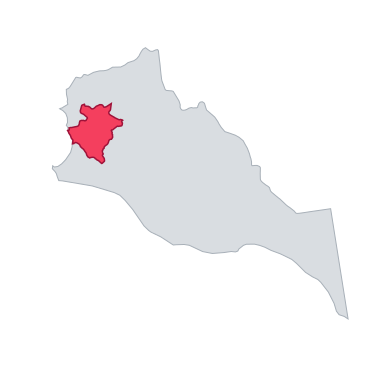 where Taza - Al Hoceima - Taounate sits in Morocco, rotated 261°
{"feature_id": "MAR-1447", "entity_name": "Taza - Al Hoceima - Taounate", "entity_type": "Region", "adm_level": 1, "iso_a3": "MAR", "parent_name": "Morocco", "parent_adm1": "", "projection": "equal_earth", "projection_center": [-4.152, 34.39], "detail": "fine", "context": "in_parent", "style": "filled", "palette": "rose", "viewbox_px": 384, "rotation_deg": 261, "n_neighbors": 0, "source": "natural_earth", "source_scale": "10m", "svg_char_len": 4714}
<svg xmlns="http://www.w3.org/2000/svg" viewBox="0 0 384 384"><g transform="rotate(261 192 192)"><path d="M45.3,322.9L47.8,318.1L51.7,316.0L59.8,314.9L71.9,311.0L82.8,305.0L85.9,302.6L89.3,297.8L94.8,291.6L105.1,284.1L109.8,280.0L117.1,269.6L122.0,260.9L126.0,255.4L128.7,250.5L130.7,245.6L131.9,237.6L131.3,234.5L128.4,229.4L126.5,228.0L126.0,225.6L127.1,221.4L127.2,214.1L128.1,202.5L131.5,193.2L139.8,181.0L141.4,176.0L142.4,168.0L142.6,165.2L152.7,154.0L158.7,145.3L160.8,143.2L166.0,139.3L184.0,130.7L194.2,124.6L200.1,120.2L203.7,114.9L213.6,94.4L223.3,65.6L224.1,62.2L228.4,61.3L231.4,60.9L233.8,59.8L236.8,57.7L239.7,58.5L238.2,60.0L238.2,63.5L240.2,67.7L243.7,72.3L250.1,78.3L255.2,80.6L262.3,82.1L270.7,79.5L275.3,79.4L277.6,78.3L280.1,79.9L284.8,80.5L289.3,79.6L292.7,77.1L294.9,74.3L295.3,75.7L295.4,77.2L296.0,78.1L297.4,81.7L298.1,83.1L300.7,82.9L303.0,83.6L308.1,83.3L313.0,83.9L313.7,86.3L315.2,88.1L320.3,92.5L323.3,95.1L323.4,96.0L322.5,98.2L322.1,99.7L322.9,101.4L324.8,103.3L324.9,104.2L324.5,105.3L323.5,107.4L325.6,113.5L326.1,119.5L325.6,123.7L325.6,126.2L325.9,128.3L327.7,133.1L326.6,141.1L327.9,145.5L329.8,149.0L330.8,155.3L332.3,158.3L334.7,161.0L336.1,161.9L338.8,164.0L340.7,165.9L341.8,168.6L339.5,170.8L337.6,172.8L337.1,175.0L338.0,178.4L338.0,180.3L336.8,180.9L331.9,180.7L328.0,180.5L323.6,180.4L317.3,180.0L313.5,179.8L308.2,179.6L306.3,179.7L301.5,180.7L298.0,181.4L297.5,181.5L296.4,182.4L295.7,185.0L295.0,187.9L294.3,189.2L284.0,193.4L280.0,194.0L277.6,193.5L276.0,193.9L274.6,194.8L274.1,196.1L274.0,197.9L274.3,199.6L275.3,202.1L275.5,204.6L274.8,206.3L274.7,208.0L274.4,209.9L274.9,210.9L275.9,211.1L276.9,211.9L278.4,212.7L279.5,214.2L279.5,216.3L278.5,217.5L277.6,218.2L273.8,218.7L270.7,219.2L266.7,222.6L262.4,226.2L257.3,228.6L255.1,229.3L251.2,231.0L246.5,233.9L244.2,238.4L241.3,243.7L238.5,247.2L234.6,250.6L231.1,251.8L226.6,253.5L220.9,254.7L216.9,255.1L215.7,255.4L212.2,255.5L210.5,255.2L209.2,255.1L208.6,255.4L208.5,256.3L208.4,258.2L208.1,260.3L207.0,262.2L206.2,263.0L205.3,263.3L202.3,262.8L199.8,262.3L193.9,261.5L192.8,261.7L192.3,261.9L190.5,263.1L187.6,265.8L185.6,268.1L184.2,269.2L180.8,269.7L179.3,270.6L172.8,276.3L171.4,277.7L164.7,282.8L162.9,284.4L161.4,286.1L157.4,289.8L154.8,291.4L154.4,292.4L154.2,294.7L154.1,299.7L154.1,304.5L154.0,311.5L153.9,318.6L153.8,326.3L42.2,326.3L45.3,322.9Z" fill="#d9dde1" stroke="#a8b0b8" stroke-width="1"/><path d="M258.3,81.5L261.2,82.4L261.9,82.4L262.4,82.3L263.8,81.3L267.1,80.7L269.1,79.7L271.2,79.2L272.2,78.7L272.4,79.1L272.1,79.3L271.9,79.4L272.0,79.6L272.2,79.9L272.6,80.4L272.9,80.6L273.4,80.6L274.1,80.7L274.5,80.6L274.5,80.9L274.7,82.0L274.5,83.1L274.8,89.4L275.5,90.4L276.7,91.3L277.7,91.5L279.6,92.3L280.0,93.7L279.9,94.6L279.7,95.5L279.7,96.2L279.3,96.7L279.1,97.3L279.1,98.0L279.3,98.6L280.0,99.0L281.2,100.2L282.0,100.2L285.6,97.2L286.4,96.1L286.9,95.2L287.8,94.4L289.6,94.3L294.7,96.6L295.1,97.2L295.2,98.0L295.3,98.7L295.6,99.3L295.3,99.6L294.9,99.5L294.3,99.5L293.8,99.7L293.4,100.1L293.4,100.7L292.8,102.9L292.8,103.0L292.7,103.2L292.6,103.3L292.3,103.5L292.2,103.7L292.2,103.9L292.0,104.2L290.3,105.5L289.9,105.9L289.7,106.3L289.7,106.7L289.7,107.5L290.2,108.7L291.7,110.9L292.1,112.7L292.7,114.5L292.4,116.1L291.8,117.2L289.5,118.4L289.4,119.3L289.7,120.9L292.0,126.1L286.2,124.4L285.2,123.8L284.8,123.1L284.2,122.5L283.3,122.2L282.4,122.2L281.4,122.8L280.5,123.7L277.7,127.2L277.3,127.5L277.0,128.0L275.2,130.6L274.8,131.3L274.7,132.0L274.8,132.9L273.9,134.7L273.6,134.8L273.4,134.3L273.0,133.6L272.5,133.5L270.9,134.1L270.2,133.8L269.6,133.7L269.0,133.4L268.5,133.0L268.3,132.1L268.4,131.2L268.3,129.8L268.7,128.5L267.7,126.7L267.0,125.4L265.8,123.4L265.7,122.7L265.8,122.2L265.3,121.9L264.4,122.1L263.5,122.5L262.2,122.2L261.6,122.2L261.2,122.5L259.4,122.2L258.7,122.3L257.3,121.3L256.7,120.7L256.8,119.9L256.6,118.9L255.9,118.0L254.5,117.4L252.9,116.4L252.1,115.4L251.4,113.9L250.8,113.0L249.9,112.1L249.1,112.1L248.8,111.8L248.7,111.6L248.5,111.2L248.2,110.7L247.7,110.7L247.2,110.4L247.0,110.1L246.8,109.9L246.3,109.8L244.4,109.9L244.2,109.9L243.5,110.3L243.3,110.2L242.8,109.5L242.4,109.3L241.9,109.2L241.4,109.4L239.3,110.4L238.4,110.6L236.9,110.5L236.4,110.5L236.0,110.2L234.8,108.4L234.6,108.1L234.4,107.8L234.3,107.3L234.8,106.8L237.7,104.5L238.4,103.3L239.7,102.2L240.1,101.6L240.9,101.3L241.4,100.7L241.7,100.0L241.9,99.0L241.9,97.3L241.6,96.3L243.0,94.6L245.0,93.8L246.8,93.6L248.1,93.0L249.0,92.5L250.2,92.1L250.8,91.6L251.3,91.5L252.3,90.4L253.4,89.7L253.8,89.3L254.2,88.9L254.7,88.9L255.4,88.7L256.3,88.4L257.3,87.6L258.1,86.6L258.8,85.6L259.1,84.7L258.8,83.9L258.8,83.2L258.3,82.8L258.3,81.6L258.3,81.5Z" fill="#f43f5e" stroke="#9f1239" stroke-width="1.5"/></g></svg>